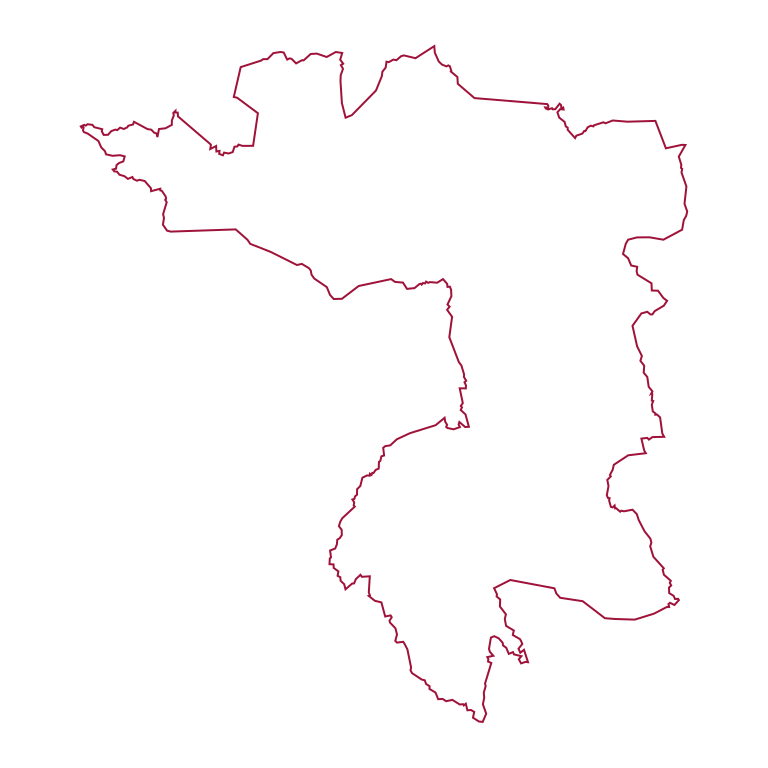 Uruapan, Michoacán, Mexico
{"feature_id": "50627088B85692004459337", "entity_name": "Uruapan", "entity_type": "district", "adm_level": 2, "iso_a3": "MEX", "parent_name": "Mexico", "parent_adm1": "Michoacán", "projection": "robinson", "projection_center": [-102.127, 19.406], "detail": "fine", "context": "isolated", "style": "outline", "palette": "rose", "viewbox_px": 768, "rotation_deg": 0, "n_neighbors": 0, "source": "geoboundaries", "source_scale": "gbopen_adm2", "svg_char_len": 6065}
<svg xmlns="http://www.w3.org/2000/svg" viewBox="0 0 768 768"><path d="M482.7,721.9L486.2,713.7L482.9,704.3L484.2,697.8L483.8,692.6L485.7,686.0L485.0,683.7L491.3,663.0L488.0,661.5L488.4,659.3L487.3,657.1L493.3,655.8L489.8,651.7L489.0,648.9L490.9,637.6L494.2,636.2L498.7,638.3L502.6,642.7L503.1,645.5L506.2,647.7L508.8,653.9L513.0,652.1L514.0,654.4L521.4,656.2L518.8,659.2L521.1,663.4L525.4,661.9L528.0,662.2L524.0,649.8L520.3,652.7L518.5,648.7L522.3,644.0L520.9,640.6L519.8,639.0L512.8,635.0L513.8,630.5L506.1,625.9L504.8,619.1L505.9,614.3L499.9,606.5L500.2,599.5L496.6,596.4L497.0,594.3L494.1,588.2L510.3,580.0L554.4,588.3L556.4,593.6L560.2,597.8L582.7,601.2L604.9,618.2L615.2,619.0L634.8,619.6L653.9,613.7L667.0,606.9L669.1,607.0L668.5,604.0L670.0,602.8L674.4,605.0L678.9,600.1L678.1,598.8L675.0,599.0L673.6,595.8L669.2,593.1L669.0,587.5L671.2,585.4L669.8,582.9L670.8,580.8L663.9,574.7L662.7,569.8L663.8,568.3L653.4,556.8L650.2,546.3L651.4,542.7L650.4,538.7L644.5,531.2L638.8,520.2L636.8,514.1L632.5,509.7L624.0,511.3L621.3,510.7L620.2,511.7L616.1,508.2L615.1,508.4L614.6,505.5L612.7,507.4L610.9,506.9L609.1,500.5L609.6,498.2L608.0,498.0L606.8,495.2L608.5,486.1L607.3,479.9L610.8,476.4L609.9,475.0L612.7,469.7L613.8,464.8L628.2,455.3L645.8,453.2L644.2,450.5L641.4,438.6L647.3,437.9L648.9,439.6L652.4,437.1L664.2,436.8L662.3,433.5L660.1,417.4L657.1,414.6L655.3,414.7L655.5,413.5L652.8,411.4L651.8,404.8L653.2,401.0L651.8,400.6L652.3,394.0L652.1,393.0L651.3,393.5L652.4,391.3L648.7,386.8L647.3,377.0L643.7,372.7L644.2,365.7L640.4,360.8L641.9,356.0L637.1,346.3L632.5,325.8L641.4,313.4L647.3,311.8L650.4,314.4L652.4,314.4L654.7,311.1L663.8,305.7L667.1,300.8L663.4,298.0L658.0,290.7L651.8,290.5L651.5,283.3L637.5,274.7L636.6,271.3L637.2,266.8L631.2,265.5L628.1,258.2L623.0,254.0L625.8,243.7L628.1,239.7L637.0,237.4L649.5,237.3L663.4,239.7L682.1,229.7L683.8,220.0L686.2,215.9L687.2,211.4L684.5,203.8L686.4,186.5L681.5,172.4L682.2,168.9L681.0,167.9L681.3,164.8L678.8,156.6L685.4,145.0L682.0,144.8L665.9,148.3L655.4,120.9L627.6,121.7L612.7,120.5L605.5,123.3L603.4,122.3L594.0,125.3L593.4,126.4L590.8,125.7L587.7,127.3L585.4,131.1L584.3,130.9L582.3,133.6L576.3,135.7L575.1,138.1L567.7,129.8L567.7,127.7L565.8,126.4L564.6,121.9L559.2,117.6L557.4,112.3L560.1,109.2L563.6,109.5L563.2,107.5L561.3,108.4L561.1,105.1L559.6,103.7L555.3,109.2L552.8,109.3L552.0,108.2L548.1,109.5L545.7,108.4L545.2,107.4L548.0,107.8L548.4,106.0L547.3,104.1L474.5,98.1L457.8,83.8L457.4,77.0L450.8,71.5L451.3,70.8L449.8,66.2L448.3,65.4L446.5,66.4L442.0,64.6L438.7,61.4L434.8,52.6L434.3,46.1L415.5,58.2L403.8,55.4L401.1,56.2L396.4,60.2L393.3,59.6L388.7,62.2L386.5,61.7L385.7,67.5L382.4,71.7L381.9,76.0L376.0,90.5L351.9,115.1L345.6,117.7L341.9,103.1L340.5,81.4L340.7,75.3L343.0,68.8L340.9,65.1L343.2,63.7L340.2,59.7L342.2,53.0L335.8,52.0L326.7,57.0L316.8,53.6L310.7,54.0L303.6,60.4L302.0,60.2L296.1,63.4L291.5,58.8L289.4,58.4L287.2,59.6L283.7,52.5L280.5,52.0L273.4,53.1L267.5,59.1L263.2,59.1L261.1,60.6L240.7,67.1L233.8,97.0L237.1,97.7L257.9,113.2L253.1,145.8L242.5,145.9L238.5,144.6L237.4,146.4L234.5,146.7L232.7,152.1L228.6,153.5L224.1,152.6L222.9,155.3L219.2,153.9L219.5,150.9L216.4,151.5L216.1,146.0L210.3,149.0L210.9,144.6L178.0,116.4L177.7,112.6L175.3,112.5L175.4,110.9L173.3,112.9L173.8,115.5L171.9,120.3L171.8,124.9L165.4,128.3L159.0,129.0L157.4,137.1L156.6,133.5L154.2,132.7L151.3,129.7L147.5,129.1L134.0,121.8L133.0,124.5L128.3,125.7L127.2,127.4L123.8,129.0L120.1,127.6L117.3,130.1L115.3,129.6L111.3,131.1L108.0,134.8L103.7,134.9L101.8,131.3L102.2,129.2L94.3,127.2L92.5,124.9L87.5,124.2L85.8,125.6L84.2,124.9L80.8,126.4L81.5,127.5L82.4,126.5L83.6,127.3L83.0,130.4L83.9,132.1L87.6,133.5L98.4,141.0L101.3,147.5L105.0,151.2L106.0,154.3L112.5,155.8L120.0,155.2L124.7,156.4L123.3,161.4L119.1,163.0L116.6,165.0L116.0,168.7L112.8,169.5L114.3,171.4L117.1,171.7L119.4,174.7L124.5,176.2L127.9,178.9L132.4,177.0L133.4,179.0L136.9,180.7L139.5,179.8L144.7,181.0L150.9,188.2L151.1,191.2L160.3,188.7L160.3,190.4L161.9,190.9L165.6,196.4L166.1,198.8L165.2,199.9L166.7,202.2L163.1,214.2L164.0,217.9L162.9,224.7L167.1,230.7L170.8,231.6L235.7,229.4L247.4,239.7L250.3,243.9L270.9,252.0L296.9,265.0L301.8,263.9L308.9,268.1L310.8,270.6L311.5,274.6L314.2,278.5L326.8,287.1L330.0,294.9L333.7,299.0L341.9,298.8L358.7,286.0L391.1,279.1L395.0,281.9L403.0,282.6L407.0,288.9L414.5,288.1L419.5,284.0L421.0,283.7L421.7,284.6L423.1,283.0L425.1,283.4L426.1,281.6L428.2,282.9L429.8,282.1L437.2,282.7L443.0,279.1L447.2,283.9L447.5,286.9L449.9,286.7L451.1,289.8L451.4,296.2L447.5,304.5L449.6,306.7L447.1,309.8L452.1,316.8L449.3,337.2L458.9,362.2L461.4,365.5L464.1,374.5L463.9,376.9L466.2,380.8L464.5,382.2L466.0,385.5L465.8,388.4L459.7,388.3L462.8,403.1L460.8,406.0L462.0,407.4L460.7,410.0L465.5,414.4L468.9,426.8L465.1,427.0L459.4,422.0L458.6,424.4L459.9,427.1L453.6,429.3L447.4,428.0L446.2,426.9L447.1,424.8L445.1,421.5L444.6,417.8L435.6,425.2L409.9,433.2L396.8,439.3L390.2,445.4L385.3,446.1L383.2,447.8L384.1,455.5L381.4,456.3L380.3,461.0L379.0,461.8L378.7,468.6L375.7,469.9L373.5,473.0L372.3,472.9L371.5,474.9L369.9,473.8L369.7,475.7L367.1,475.4L362.4,477.7L360.3,486.0L357.1,489.2L357.0,494.7L355.0,496.4L354.4,498.9L352.4,499.5L354.2,502.3L353.7,505.5L354.8,506.6L342.3,518.2L340.3,521.7L338.9,526.2L341.7,529.9L341.8,535.1L339.7,538.2L337.3,539.7L336.9,544.3L335.2,548.5L330.1,550.5L331.0,557.4L329.8,558.4L329.5,564.2L333.5,564.4L333.7,567.9L338.4,571.4L337.6,575.8L340.3,577.2L340.6,580.8L344.2,584.2L345.5,589.3L352.2,583.5L354.1,583.4L355.8,579.2L360.5,574.8L361.9,576.8L369.8,576.3L368.8,592.5L369.9,595.4L368.7,595.9L374.9,600.8L381.4,602.4L385.2,616.5L390.6,615.4L391.7,617.3L389.5,620.7L390.0,622.6L395.4,628.2L397.0,634.5L395.3,640.9L397.0,642.6L403.2,641.8L404.6,643.9L407.4,649.4L411.1,667.5L410.5,670.3L412.1,673.2L421.6,679.5L424.8,680.3L426.1,684.0L429.6,686.2L429.5,689.0L435.5,692.5L438.2,699.2L442.6,698.9L446.1,701.2L452.4,699.9L459.8,704.5L463.1,704.2L463.8,705.4L465.8,703.7L467.4,710.3L470.9,710.0L474.2,711.9L473.0,717.7L478.9,721.5L482.7,721.9Z" fill="none" stroke="#9f1239" stroke-width="2"/></svg>